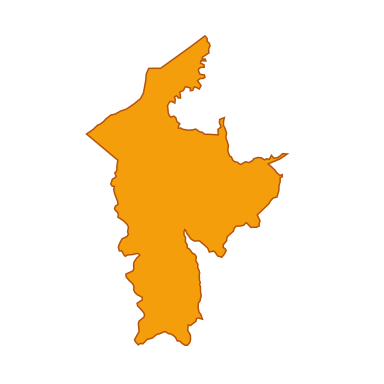 Cristal, Rio Grande do Sul, Brazil, rotated 251°
{"feature_id": "56859067B17648914341650", "entity_name": "Cristal", "entity_type": "district", "adm_level": 2, "iso_a3": "BRA", "parent_name": "Brazil", "parent_adm1": "Rio Grande do Sul", "projection": "orthographic", "projection_center": [-52.044, -31.031], "detail": "fine", "context": "isolated", "style": "filled", "palette": "amber", "viewbox_px": 384, "rotation_deg": 251, "n_neighbors": 0, "source": "geoboundaries", "source_scale": "gbopen_adm2", "svg_char_len": 3636}
<svg xmlns="http://www.w3.org/2000/svg" viewBox="0 0 384 384"><g transform="rotate(251 192 192)"><path d="M64.9,91.5L65.7,93.9L64.4,96.0L67.2,101.6L66.8,106.8L68.8,112.3L68.5,114.9L68.9,121.1L65.7,123.7L64.8,125.6L62.4,127.6L60.2,129.0L55.9,129.6L55.4,131.6L51.7,133.6L49.3,135.7L48.6,137.8L50.5,140.9L52.9,142.6L57.3,143.9L62.6,142.9L67.5,145.1L66.2,147.1L68.6,153.7L70.8,155.0L70.8,157.0L68.3,160.5L73.6,160.4L75.9,159.5L81.2,160.2L85.0,162.0L86.6,164.3L88.6,165.3L90.6,166.9L95.1,167.6L99.8,169.2L102.0,169.0L103.6,170.3L106.5,170.3L108.8,171.2L110.8,171.6L113.0,172.9L116.3,173.1L118.4,172.7L121.9,174.0L125.7,173.2L129.4,175.0L132.1,174.4L134.0,172.5L138.7,171.1L140.8,169.3L143.8,170.3L146.9,169.5L150.9,171.0L154.4,170.5L157.1,171.5L158.8,172.9L157.0,173.6L154.2,173.7L147.7,175.8L144.9,178.2L143.5,183.0L137.7,186.5L133.8,188.6L129.6,188.8L129.0,193.2L127.5,194.3L123.2,195.4L120.6,198.9L122.6,202.2L125.5,205.2L127.5,204.9L129.5,203.4L131.9,204.4L134.6,208.8L138.3,210.7L141.4,218.3L144.1,220.3L145.3,222.8L144.1,226.7L143.7,229.7L145.3,233.5L139.4,236.1L137.7,241.4L138.0,244.5L140.0,245.0L142.5,246.9L149.1,246.2L156.0,261.1L157.9,263.1L159.9,266.7L159.6,270.7L165.1,274.6L169.6,276.3L173.2,278.8L176.8,280.0L177.0,282.3L179.1,282.9L179.0,280.5L183.0,278.2L185.1,277.8L189.3,275.7L193.8,273.1L194.6,285.8L196.9,294.4L198.8,290.2L197.3,286.7L196.7,283.8L197.2,280.5L200.8,279.0L197.7,275.8L199.2,273.4L198.8,270.9L201.8,268.7L203.3,265.1L203.3,261.1L202.1,259.6L201.2,255.7L203.2,252.3L202.1,246.9L205.4,244.5L207.1,241.9L208.7,241.0L212.4,240.6L213.8,239.3L219.3,239.2L224.1,241.6L232.8,241.8L236.3,243.9L241.5,243.9L245.1,243.5L248.3,244.7L251.8,246.8L251.6,241.8L248.5,240.4L244.1,240.7L242.7,236.9L237.5,235.4L241.1,226.6L242.5,222.7L244.9,221.4L246.5,218.8L250.3,216.0L250.6,212.4L251.8,208.2L254.4,203.6L256.1,202.2L256.8,199.9L259.0,200.9L260.5,202.7L263.6,200.6L267.4,200.9L269.7,199.6L269.6,196.3L272.3,195.3L274.9,195.4L279.4,196.5L281.7,197.0L283.4,198.9L284.7,200.7L284.0,202.6L281.7,204.7L284.9,206.3L287.6,206.4L288.1,208.8L285.3,209.7L284.6,211.8L287.5,212.5L290.4,212.8L290.8,216.9L293.8,220.0L290.9,224.3L288.3,223.4L287.9,225.8L290.7,228.4L289.2,230.4L287.0,232.4L289.7,235.2L295.5,233.5L296.6,236.6L295.7,239.6L296.2,241.6L298.7,241.8L300.7,237.9L304.5,237.5L306.4,238.6L306.9,240.6L306.0,244.2L308.3,244.8L311.3,242.0L313.2,243.3L311.4,247.8L313.4,247.8L314.4,244.9L316.1,245.8L318.0,253.3L321.7,254.2L324.4,256.6L326.8,256.8L329.7,255.4L332.2,256.3L335.4,255.1L330.0,238.5L319.2,202.6L323.0,191.4L318.5,187.2L312.6,184.6L301.4,178.3L297.1,173.7L294.2,165.9L291.7,156.8L291.8,151.0L290.7,144.6L291.2,140.3L289.4,135.1L287.2,130.8L286.0,126.7L286.0,124.6L283.2,118.6L281.2,111.1L246.2,132.2L240.7,129.3L238.1,128.5L235.9,127.0L235.2,125.2L231.6,125.4L230.5,123.8L230.1,120.9L226.0,117.8L223.7,118.3L222.5,120.4L219.9,118.8L215.7,118.3L207.4,118.6L204.3,117.9L203.7,115.2L201.8,113.4L199.7,113.5L196.4,115.2L193.8,114.7L192.4,113.7L186.8,118.1L182.5,120.1L179.6,120.5L175.2,118.1L172.7,118.1L171.1,116.0L170.5,110.6L167.0,106.9L163.9,104.4L160.0,104.1L159.1,106.4L154.5,107.2L152.9,108.0L153.5,110.4L152.5,114.2L152.0,116.8L152.0,119.5L151.1,121.2L149.3,122.1L147.4,118.0L144.9,114.7L143.3,113.6L141.7,112.9L138.6,112.1L136.7,110.6L135.9,102.8L133.0,102.1L128.5,103.9L125.9,105.4L123.8,106.2L121.3,106.3L118.5,105.0L115.6,105.3L112.7,106.8L108.6,110.7L106.0,109.6L105.6,107.0L104.6,103.8L102.0,103.5L98.6,105.1L93.2,107.2L90.7,106.9L89.3,105.7L87.2,99.9L84.9,98.4L82.2,97.7L80.3,97.3L77.7,96.7L76.3,95.5L73.7,92.5L71.1,89.6L68.7,89.8L64.9,91.5Z" fill="#f59e0b" stroke="#b45309" stroke-width="1.5"/></g></svg>